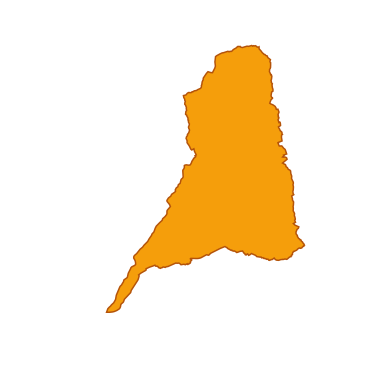 Noen Kham, Chai Nat, Thailand, rotated 240°
{"feature_id": "78962969B80984630851813", "entity_name": "Noen Kham", "entity_type": "district", "adm_level": 2, "iso_a3": "THA", "parent_name": "Thailand", "parent_adm1": "Chai Nat", "projection": "equal_earth", "projection_center": [99.836, 15.024], "detail": "fine", "context": "isolated", "style": "filled", "palette": "amber", "viewbox_px": 384, "rotation_deg": 240, "n_neighbors": 0, "source": "geoboundaries", "source_scale": "gbopen_adm2", "svg_char_len": 6071}
<svg xmlns="http://www.w3.org/2000/svg" viewBox="0 0 384 384"><g transform="rotate(240 192 192)"><path d="M89.7,262.8L91.6,262.9L92.8,262.5L93.5,262.7L94.8,262.1L95.8,262.4L96.5,262.1L96.6,261.7L97.7,261.6L98.5,261.1L100.9,261.1L101.7,261.5L103.7,261.2L104.9,261.8L105.8,262.5L106.2,263.3L106.7,263.6L107.1,264.3L107.4,266.0L108.4,267.1L111.7,264.7L114.0,264.0L114.0,266.5L116.3,266.8L116.5,267.6L117.0,268.0L119.3,268.7L120.1,268.7L122.2,270.1L125.1,270.2L127.4,271.7L128.9,272.3L130.0,273.3L132.6,275.0L134.9,275.0L135.8,275.6L138.7,276.3L138.8,278.8L140.1,278.8L142.0,279.6L142.7,280.2L143.0,280.6L145.7,282.4L147.8,283.1L148.7,284.0L149.8,284.6L153.8,284.9L155.9,286.3L158.6,286.8L160.9,287.9L162.0,287.7L163.5,286.7L165.4,286.8L167.0,286.1L168.3,286.6L169.3,286.5L169.9,285.8L170.5,285.7L171.8,284.9L172.8,290.7L174.2,291.0L175.2,290.6L176.3,289.3L176.4,288.7L177.0,288.0L177.7,290.3L178.1,290.1L177.6,293.0L181.9,293.9L182.8,293.8L183.9,293.3L187.0,292.8L188.2,290.6L189.8,290.7L190.8,291.1L191.4,290.9L191.8,291.1L191.2,295.5L194.6,296.8L196.3,297.9L196.6,298.2L196.6,299.1L197.5,299.1L198.4,299.6L199.2,299.7L200.0,299.3L200.7,299.3L201.1,299.0L202.7,299.3L203.9,299.2L205.2,299.4L205.3,299.9L205.2,301.0L205.3,301.9L206.9,302.7L208.2,303.1L208.7,303.0L208.7,302.0L211.4,302.6L211.9,302.9L212.0,303.5L212.8,304.3L213.3,304.5L213.5,304.2L214.1,304.3L215.1,305.0L215.8,305.0L217.7,307.3L220.8,307.8L221.2,306.6L221.8,306.3L222.7,306.8L224.6,306.8L227.0,305.7L228.8,304.3L230.0,303.7L232.3,306.4L232.9,308.6L233.5,308.8L234.1,308.4L234.7,308.3L236.0,308.7L238.8,311.0L238.8,312.4L239.3,312.8L240.6,313.5L241.9,313.7L244.9,314.9L245.5,315.7L247.3,315.5L248.3,316.1L249.1,316.2L250.0,317.3L252.3,319.0L253.7,319.3L253.7,318.9L254.5,318.8L255.1,319.1L257.5,319.2L258.4,319.9L259.2,320.3L259.9,321.5L260.5,322.2L263.0,323.8L263.8,324.1L264.4,324.7L265.5,324.6L266.2,324.8L267.4,326.1L270.4,324.9L271.2,324.9L272.0,325.2L272.5,325.0L273.2,324.2L274.6,323.9L275.1,323.2L275.6,323.2L277.5,322.5L279.7,322.3L282.4,321.7L284.2,322.6L284.2,322.1L284.9,320.9L285.9,320.7L287.1,319.9L287.4,318.8L288.0,318.3L288.0,317.4L289.0,317.0L289.8,313.9L290.8,312.5L291.9,307.9L293.1,306.6L294.1,306.4L294.3,305.5L295.1,304.7L295.0,303.4L294.7,302.5L294.7,298.9L294.2,297.6L294.1,296.4L294.2,296.0L294.8,295.4L294.9,294.2L295.9,293.5L296.9,288.9L297.4,287.6L297.6,285.6L297.7,281.6L297.5,280.1L293.2,276.9L289.3,275.2L287.9,273.7L285.1,269.4L286.1,267.9L288.2,266.0L287.5,263.8L285.0,258.7L283.6,257.8L283.2,257.1L282.2,255.8L280.0,254.1L279.6,253.4L278.3,252.7L277.8,252.1L277.5,250.8L277.8,248.1L277.7,246.6L278.5,244.4L278.3,243.2L278.8,242.2L278.4,241.5L279.0,239.9L279.7,239.2L279.9,238.5L279.8,237.1L279.3,235.9L279.1,235.1L279.8,232.8L277.8,232.1L276.2,232.1L274.7,231.5L273.9,231.6L272.7,230.3L271.6,229.6L270.5,229.8L268.0,229.4L267.0,228.7L265.4,228.2L264.7,226.9L262.6,225.3L262.2,225.3L261.4,225.8L260.0,225.5L258.1,225.5L256.3,224.5L255.8,224.8L255.2,224.3L254.0,223.8L252.3,223.8L251.3,223.0L250.0,221.4L248.6,221.0L247.5,221.0L246.7,220.7L245.0,218.9L244.1,216.8L243.1,216.2L242.6,214.9L241.4,213.7L238.8,213.4L237.4,212.5L236.8,212.4L233.4,212.7L229.6,212.4L228.5,212.8L228.5,215.2L226.1,214.5L222.0,214.2L221.9,212.7L220.7,212.8L220.3,210.3L220.1,210.3L218.7,207.4L217.3,205.7L216.4,204.1L216.7,202.8L218.4,200.6L218.8,199.3L218.8,198.6L217.2,197.7L216.3,196.8L215.6,195.2L215.1,194.7L209.5,191.9L208.8,190.9L208.4,189.1L208.1,188.6L205.4,186.0L205.2,183.9L203.6,182.3L203.5,180.6L202.5,179.0L202.1,178.5L201.0,178.2L200.7,177.9L200.4,176.1L200.2,173.2L199.0,171.5L198.6,168.6L197.3,166.1L196.3,165.7L192.3,166.3L190.2,166.0L188.5,161.3L187.7,160.6L185.8,159.5L185.1,158.6L184.2,156.4L183.6,153.5L183.3,152.9L182.5,152.2L182.3,151.7L181.7,149.0L180.3,144.0L179.0,142.0L176.5,139.1L175.6,136.3L174.7,135.3L172.7,131.1L171.3,128.9L169.9,123.8L168.9,121.6L168.4,118.5L166.3,113.2L165.9,110.9L165.5,109.8L165.1,109.3L164.0,108.5L160.8,108.4L158.8,107.7L157.4,106.9L157.1,105.6L157.3,102.5L157.0,101.3L156.1,100.2L153.5,96.2L150.4,93.3L150.2,92.4L149.9,89.1L148.4,87.6L147.6,85.9L146.8,84.7L146.3,82.8L145.8,81.9L140.5,74.9L137.4,72.3L136.9,71.7L135.2,68.8L134.5,65.7L133.9,64.3L133.6,62.7L133.0,60.8L130.6,57.9L129.2,60.2L127.9,63.1L127.4,64.7L127.0,67.5L127.1,70.3L127.3,71.1L128.3,72.6L130.1,74.1L130.5,75.0L130.8,76.9L131.1,77.7L132.9,79.8L135.6,88.6L137.2,90.2L142.7,100.9L143.6,102.1L145.8,104.3L146.9,104.3L147.3,107.2L147.3,112.9L147.5,113.3L148.5,113.8L148.2,117.4L147.4,121.4L147.3,122.7L147.0,123.4L146.3,123.3L145.9,123.5L145.3,124.6L144.4,125.2L143.3,125.2L141.7,126.5L141.8,127.0L141.4,128.1L141.5,129.5L140.8,130.4L140.1,131.1L140.2,131.7L140.0,132.3L140.0,132.9L139.5,133.8L138.6,142.3L137.7,143.6L137.0,145.1L136.0,145.7L134.5,146.1L133.6,148.6L133.0,149.4L132.4,149.7L132.3,151.9L131.6,151.8L131.3,152.2L131.5,152.8L131.2,153.4L131.5,154.0L131.3,154.5L131.4,155.1L132.0,155.7L132.6,155.9L133.0,156.7L132.9,157.3L133.3,157.8L133.9,157.7L134.1,157.4L134.6,157.1L135.0,157.2L135.1,157.8L131.8,163.2L131.2,164.6L130.6,166.6L130.4,173.1L130.2,173.5L129.3,174.3L129.0,174.8L129.0,175.6L129.6,177.3L129.5,179.5L129.0,188.4L128.3,193.3L126.4,194.3L126.3,194.5L124.9,194.8L123.2,196.0L122.5,196.2L121.7,197.4L121.3,197.3L120.1,198.3L119.8,199.1L118.8,199.8L117.2,200.5L116.9,201.8L116.6,203.8L115.6,206.3L113.1,206.4L112.7,206.8L111.9,207.0L111.3,206.7L110.5,207.2L110.4,207.4L110.7,208.5L110.6,209.2L108.8,209.4L108.7,211.2L109.0,212.7L105.3,215.4L103.7,215.8L101.5,218.5L101.2,219.3L100.1,219.4L99.6,220.7L98.5,221.0L98.2,221.8L97.6,222.0L97.1,222.8L96.4,223.0L95.9,224.2L94.6,224.4L94.5,224.7L94.1,224.9L93.7,227.3L93.4,227.7L93.7,230.1L91.8,230.4L90.6,231.3L89.5,232.9L89.0,235.4L88.4,236.3L88.4,236.8L87.9,237.4L87.5,239.0L86.3,240.4L86.3,241.1L86.8,243.5L86.8,244.8L86.5,245.3L86.9,245.7L86.9,246.3L87.6,246.6L87.6,247.7L88.5,248.2L89.4,249.2L89.4,250.0L89.7,250.6L89.5,251.0L89.3,253.6L89.8,255.2L89.9,256.6L89.6,257.4L89.2,257.5L88.9,258.0L88.7,259.2L89.2,260.2L89.2,261.8L89.7,261.9L89.7,262.8Z" fill="#f59e0b" stroke="#b45309" stroke-width="1.5"/></g></svg>